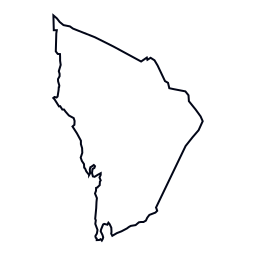 Guerrou, Assaba, Mauritania (Equal Earth projection)
{"feature_id": "47542326B49231245131640", "entity_name": "Guerrou", "entity_type": "district", "adm_level": 2, "iso_a3": "MRT", "parent_name": "Mauritania", "parent_adm1": "Assaba", "projection": "equal_earth", "projection_center": [-12.078, 16.876], "detail": "fine", "context": "isolated", "style": "outline", "palette": "ink", "viewbox_px": 256, "rotation_deg": 0, "n_neighbors": 0, "source": "geoboundaries", "source_scale": "gbopen_adm2", "svg_char_len": 1759}
<svg xmlns="http://www.w3.org/2000/svg" viewBox="0 0 256 256"><path d="M112.3,235.8L116.9,233.1L121.5,231.3L127.0,228.4L128.3,227.4L129.0,226.9L130.8,225.9L135.6,225.1L138.9,222.3L139.0,222.3L140.9,222.0L143.5,222.0L145.9,220.6L147.3,217.6L149.4,214.9L155.4,212.6L157.2,210.8L156.4,208.4L156.0,207.6L185.6,146.0L192.5,137.3L198.6,130.2L202.7,121.2L200.6,116.4L195.6,109.5L188.9,101.2L188.5,95.3L185.4,91.4L184.0,91.1L174.0,89.2L169.3,88.2L168.0,82.8L165.0,81.1L157.6,65.5L154.5,60.3L150.6,57.8L147.4,59.8L146.8,57.6L141.1,61.5L113.4,46.5L94.8,37.2L73.0,28.6L69.9,26.4L63.5,25.1L59.7,22.0L56.8,18.3L53.4,15.4L53.8,30.2L56.8,30.2L56.3,33.4L55.8,51.4L57.7,53.9L60.0,54.1L60.1,57.4L60.1,60.8L60.7,64.9L58.8,71.2L59.6,73.8L59.6,76.2L58.0,79.1L58.1,81.3L59.3,85.5L59.0,87.7L58.8,86.6L58.6,90.0L57.6,96.5L56.6,97.5L54.5,97.0L53.3,98.0L54.6,99.4L59.0,106.4L60.2,106.2L62.3,109.5L64.0,109.5L65.5,111.6L68.9,115.5L73.7,118.1L74.6,121.0L74.4,124.8L72.5,126.5L76.9,133.3L80.9,140.7L80.9,144.1L82.1,148.2L82.3,152.8L80.7,157.6L81.9,161.0L84.0,164.1L84.2,167.7L85.1,168.5L86.3,171.4L89.1,174.9L89.1,175.0L90.1,173.3L89.8,169.4L90.4,167.2L91.4,166.7L93.8,165.0L95.0,166.2L94.4,167.9L92.5,169.1L92.0,173.0L92.9,176.4L94.6,176.8L97.6,174.9L100.7,173.2L100.7,174.9L99.5,177.5L100.7,180.4L99.9,181.6L99.7,185.2L97.3,187.4L97.3,187.5L96.1,187.9L96.0,190.8L95.0,193.5L96.9,198.1L96.5,201.9L96.2,208.2L95.2,218.8L95.8,220.3L95.3,223.9L97.5,229.9L97.0,232.9L96.7,233.9L95.5,235.8L95.4,236.5L95.8,237.8L96.7,238.5L96.7,240.1L99.2,240.0L100.6,239.2L101.8,240.6L102.7,239.0L103.2,237.3L102.5,235.0L100.7,231.3L101.1,229.4L103.1,224.5L104.2,223.9L107.4,224.7L108.4,222.7L109.6,224.1L111.3,227.7L111.5,231.9L111.2,233.6L112.3,235.8Z" fill="none" stroke="#020617" stroke-width="2"/></svg>